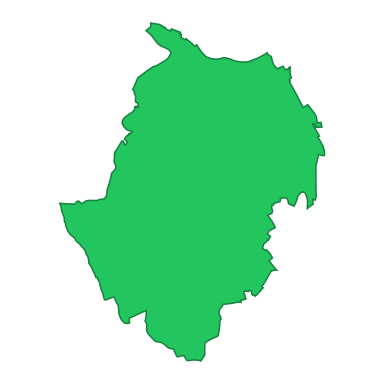 Kim Bang, Hà Nam, Vietnam
{"feature_id": "81297802B80649611591308", "entity_name": "Kim Bang", "entity_type": "district", "adm_level": 2, "iso_a3": "VNM", "parent_name": "Vietnam", "parent_adm1": "Hà Nam", "projection": "orthographic", "projection_center": [105.849, 20.571], "detail": "fine", "context": "isolated", "style": "filled", "palette": "green", "viewbox_px": 384, "rotation_deg": 0, "n_neighbors": 0, "source": "geoboundaries", "source_scale": "gbopen_adm2", "svg_char_len": 5955}
<svg xmlns="http://www.w3.org/2000/svg" viewBox="0 0 384 384"><path d="M267.2,52.8L264.3,54.6L257.8,58.1L250.9,60.8L248.1,61.7L245.7,62.0L243.2,62.1L239.5,61.8L237.0,61.4L234.0,60.6L229.6,58.8L227.2,58.2L225.3,57.8L224.1,57.8L222.8,57.9L219.6,58.8L217.8,59.1L215.8,59.1L212.4,58.9L210.9,58.6L207.0,57.1L205.7,56.3L202.3,52.9L201.1,51.4L198.6,47.9L196.7,44.8L194.9,46.4L193.5,45.0L190.2,42.0L185.9,38.6L185.0,39.7L180.8,37.3L181.6,34.5L179.6,33.7L180.5,32.3L171.4,28.9L170.5,31.1L165.1,28.6L165.4,27.6L161.8,26.3L161.9,25.7L159.9,24.9L159.9,24.5L150.7,23.0L150.8,26.4L150.6,26.8L146.0,30.6L149.3,33.4L151.8,35.9L154.4,39.4L157.3,43.2L160.2,45.6L167.4,48.8L169.8,50.6L170.6,51.9L170.6,53.6L170.3,54.6L169.9,55.0L168.8,57.2L167.1,59.1L166.1,59.9L164.6,60.9L160.6,63.3L156.0,65.9L155.2,66.3L153.7,66.3L146.2,71.5L137.8,77.8L134.2,86.4L132.6,89.6L133.9,90.4L134.3,91.9L134.3,93.4L134.5,94.0L134.9,94.7L135.7,95.6L135.4,100.7L135.5,101.5L135.8,102.0L137.2,102.9L137.9,103.8L138.2,104.8L138.4,105.9L138.3,107.2L138.1,107.4L136.9,107.4L136.6,106.2L136.2,106.2L135.8,106.3L135.5,106.9L134.7,106.9L134.7,108.0L134.5,109.5L134.0,110.5L131.5,112.7L128.3,114.7L125.7,116.7L123.7,118.6L123.1,119.3L122.6,120.6L122.2,121.9L122.2,122.8L122.4,123.9L122.8,124.7L124.2,127.1L125.2,128.1L126.4,129.3L127.5,130.0L129.6,130.8L131.4,131.3L132.4,131.9L130.2,133.8L129.8,133.2L128.9,133.9L129.3,134.4L126.9,135.7L124.5,138.8L124.6,139.2L127.2,141.6L125.9,144.8L124.4,144.2L124.0,143.6L124.0,142.6L123.8,141.8L123.4,141.3L122.6,140.9L121.9,140.9L117.8,147.7L115.9,150.6L115.3,151.4L114.9,152.2L114.6,153.1L114.4,154.7L114.5,157.5L114.2,159.2L114.0,161.9L115.2,164.4L115.7,166.0L115.8,166.8L115.6,167.9L115.3,169.1L113.4,171.4L112.3,172.4L111.7,173.1L110.5,178.7L109.5,182.2L109.0,184.2L107.3,189.1L107.0,191.7L106.9,193.6L106.5,195.5L106.0,196.6L105.0,197.9L104.1,198.8L103.6,199.0L102.9,198.9L99.4,199.6L97.4,200.3L96.2,200.5L88.4,200.4L86.8,200.8L85.1,201.4L82.5,203.5L81.6,203.5L78.9,201.3L78.3,201.1L77.6,201.2L76.7,201.8L74.8,203.9L74.0,204.1L62.9,203.6L60.2,203.3L59.8,203.1L59.5,202.7L60.7,205.8L61.3,208.0L61.6,210.5L63.3,215.3L63.9,216.7L64.2,217.8L64.4,221.3L64.6,222.0L65.6,223.7L65.7,224.3L65.7,225.4L65.8,226.0L66.3,227.3L67.1,229.0L67.8,231.0L68.8,232.5L70.4,234.5L72.0,235.9L74.4,237.8L74.8,238.3L75.4,239.8L76.6,241.5L79.7,244.1L81.1,245.9L83.5,248.5L85.3,250.7L85.6,251.5L86.0,253.4L86.6,254.7L87.6,256.4L88.1,257.3L88.8,261.6L88.8,263.1L89.0,263.7L89.7,264.4L90.9,266.2L91.8,268.1L93.0,270.9L94.9,274.3L95.6,276.9L96.0,277.5L97.3,277.4L97.6,279.0L99.2,281.8L99.7,283.3L99.9,284.4L99.8,285.3L100.5,286.2L100.8,288.8L101.0,289.1L102.2,291.5L104.4,299.7L105.5,299.9L106.7,299.7L108.6,298.8L113.0,297.2L114.1,297.5L114.4,297.7L117.1,303.9L118.1,304.9L118.3,306.5L118.5,308.8L118.8,311.3L118.9,313.4L119.0,314.1L119.5,315.7L121.4,319.8L124.0,322.6L124.6,323.0L125.3,323.3L127.2,323.5L128.3,323.3L129.7,322.8L129.4,321.2L129.2,318.2L134.5,315.9L135.9,315.1L146.1,310.5L146.2,314.0L146.1,316.6L145.3,320.1L145.1,320.9L145.1,321.3L145.5,321.7L146.5,323.4L146.8,325.4L146.6,326.6L146.6,329.0L146.9,330.9L147.2,332.0L147.5,332.7L148.9,334.7L154.9,341.1L155.5,341.5L160.1,342.2L161.0,342.5L162.3,343.1L163.6,343.9L164.8,344.7L168.0,347.6L169.2,348.2L169.9,348.4L173.9,349.3L174.2,350.9L176.5,355.8L177.0,356.6L177.4,356.8L178.5,356.7L183.7,355.4L187.1,360.7L193.4,360.0L195.7,360.0L197.4,360.1L198.8,360.3L201.0,361.0L201.7,359.6L204.1,356.1L204.7,355.1L204.8,346.6L205.0,343.1L205.2,342.6L207.1,341.4L212.0,338.6L214.1,337.8L216.6,336.7L218.1,335.7L219.1,330.5L219.9,323.0L219.9,320.7L221.0,319.3L221.1,318.7L220.3,316.1L219.9,315.6L219.3,314.9L219.2,314.4L219.2,311.5L219.8,309.3L222.0,306.5L223.1,304.3L226.9,304.0L232.4,303.2L237.9,302.2L239.4,302.1L241.0,302.5L240.7,300.4L242.1,300.2L246.0,298.9L245.5,297.8L244.6,294.1L244.1,292.9L243.7,291.8L246.1,290.6L246.6,291.3L247.6,291.6L248.2,291.6L248.6,291.3L249.0,290.3L251.7,291.4L251.6,293.2L251.8,294.1L252.1,294.6L252.5,295.1L254.4,295.2L255.2,296.2L256.5,295.0L260.4,291.0L261.7,289.3L263.2,287.8L262.0,286.4L265.4,281.4L265.5,281.0L268.2,276.2L271.3,271.0L273.6,270.4L275.7,270.0L276.6,270.1L275.4,268.9L271.3,263.6L269.0,260.8L272.5,257.9L269.8,253.3L268.2,251.6L266.3,249.7L265.3,250.5L262.3,248.1L262.8,247.5L262.8,246.8L263.4,245.9L263.6,244.5L264.0,243.7L264.5,243.1L265.9,242.4L266.1,242.1L267.3,240.1L267.7,240.1L268.3,240.3L270.5,236.6L270.3,236.2L268.5,235.0L267.5,234.1L267.6,233.7L269.1,231.0L269.5,230.6L272.0,229.3L273.6,228.5L274.2,228.4L275.2,227.6L274.5,225.8L271.9,221.0L267.6,215.1L270.4,214.0L271.9,213.3L272.2,212.0L272.7,211.0L272.1,209.8L271.9,208.5L271.7,205.5L273.3,205.1L273.6,204.9L273.8,203.4L279.8,201.7L280.0,201.5L280.3,200.7L280.4,198.3L282.8,198.0L284.6,197.9L286.0,198.0L286.4,198.2L287.1,198.8L287.5,199.4L287.9,200.4L288.6,203.7L294.1,206.2L295.8,202.5L297.3,198.5L297.7,197.0L298.0,196.0L298.6,195.0L300.1,193.3L301.2,192.4L302.1,192.2L303.2,192.1L303.9,192.2L304.5,192.5L305.1,193.1L305.8,194.3L306.3,195.7L307.3,199.1L307.5,200.2L307.5,203.9L307.3,208.6L311.4,205.1L312.3,204.6L313.1,204.5L312.8,199.2L315.2,200.1L315.5,199.1L316.0,197.8L316.1,196.1L315.9,176.6L315.9,166.1L317.0,161.6L318.6,154.5L322.8,155.6L324.3,155.6L324.5,155.4L324.5,155.0L324.5,152.8L324.3,150.5L323.6,148.4L323.4,146.9L320.4,141.3L318.5,138.1L317.8,136.8L319.4,136.2L316.7,131.4L312.5,124.1L314.2,123.6L316.2,127.3L321.9,127.1L321.5,125.0L320.9,122.4L317.0,122.8L317.0,121.4L316.5,117.7L316.1,116.1L315.1,114.4L310.7,108.4L307.8,104.7L303.2,107.5L298.6,98.9L296.7,94.9L289.2,81.4L290.2,81.0L289.3,79.2L290.8,78.4L291.3,78.0L290.8,75.9L290.3,74.2L290.1,72.8L290.2,66.9L288.9,67.7L288.3,68.5L287.9,69.6L287.0,69.3L286.4,69.2L285.0,69.8L284.1,68.1L283.2,66.2L279.0,67.9L278.2,68.4L277.8,69.0L277.3,68.7L276.5,68.1L275.1,66.5L274.0,65.0L273.0,63.1L272.7,62.5L272.4,61.2L271.3,56.8L271.0,56.4L270.7,56.1L269.0,55.4L268.0,54.4L267.6,53.7L267.2,52.8Z" fill="#22c55e" stroke="#15803d" stroke-width="1.5"/></svg>